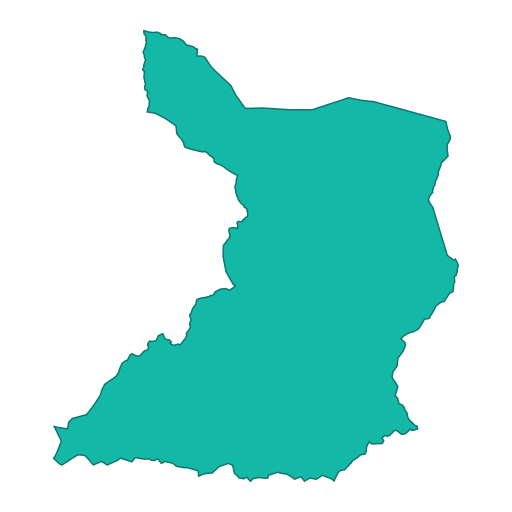 Mixistlán de la Reforma, Oaxaca, Mexico
{"feature_id": "50627088B94921527190935", "entity_name": "Mixistlán de la Reforma", "entity_type": "district", "adm_level": 2, "iso_a3": "MEX", "parent_name": "Mexico", "parent_adm1": "Oaxaca", "projection": "albers", "projection_center": [-96.11, 17.173], "detail": "fine", "context": "isolated", "style": "filled", "palette": "teal", "viewbox_px": 512, "rotation_deg": 0, "n_neighbors": 0, "source": "geoboundaries", "source_scale": "gbopen_adm2", "svg_char_len": 5570}
<svg xmlns="http://www.w3.org/2000/svg" viewBox="0 0 512 512"><path d="M61.9,465.0L72.4,458.2L77.8,454.8L84.6,455.3L87.3,457.9L93.4,464.9L101.6,461.4L107.2,465.0L117.1,460.5L120.6,458.1L131.8,461.8L135.2,457.6L144.1,459.1L149.6,458.9L151.2,460.2L154.2,460.6L157.9,458.7L160.9,463.0L162.9,462.9L164.5,461.4L173.0,463.3L176.5,466.3L184.0,467.7L187.4,467.7L198.2,470.7L198.6,476.2L203.9,473.8L212.3,472.9L219.2,466.5L228.4,463.4L232.6,465.3L234.6,473.6L236.6,475.1L239.1,477.9L243.7,478.8L244.7,478.0L246.7,477.3L250.5,481.3L252.9,478.7L258.6,477.5L263.9,478.1L267.8,478.1L268.4,475.3L277.6,472.3L282.2,473.5L285.1,473.7L287.1,474.3L290.0,475.9L294.7,479.2L296.9,478.2L301.2,476.8L304.5,481.2L309.8,478.0L316.4,479.2L322.2,475.4L330.8,478.5L334.3,480.9L335.1,478.2L336.3,476.2L337.6,473.5L339.7,470.9L342.0,470.3L343.5,469.8L344.9,469.7L346.0,468.1L347.8,466.4L349.4,464.7L350.0,463.6L351.5,462.7L352.5,460.7L357.6,457.5L360.5,454.8L365.1,454.1L366.1,451.9L366.6,446.9L369.0,441.8L371.4,443.7L373.8,443.8L378.9,443.6L380.4,443.6L382.2,443.4L382.9,442.4L383.7,440.7L382.0,438.0L385.0,435.3L387.1,436.3L389.7,435.5L390.9,433.9L391.7,433.4L394.4,430.5L396.6,430.5L401.6,434.3L403.6,434.1L405.6,433.6L408.9,430.5L410.0,429.1L412.2,430.5L414.9,429.8L416.7,429.2L417.6,429.1L417.1,426.1L416.0,425.8L414.8,425.3L412.9,423.3L410.1,420.8L408.3,418.6L407.7,416.8L406.9,412.7L404.9,410.0L404.4,407.8L403.5,406.4L402.2,405.1L398.9,403.4L398.2,400.4L397.2,397.6L395.1,395.7L397.0,389.8L397.8,386.6L396.6,384.4L392.9,378.9L392.1,376.7L393.0,371.7L397.2,365.9L397.8,358.4L403.2,351.1L404.1,348.8L405.6,345.0L404.9,342.5L402.3,340.2L401.0,338.8L403.5,336.0L409.2,332.8L413.5,331.7L417.7,329.6L419.1,328.2L421.3,324.6L423.4,321.1L424.3,319.4L429.4,318.3L430.5,315.7L432.5,312.8L434.1,309.5L435.2,308.0L435.6,306.3L440.0,302.8L441.3,302.1L444.1,301.5L449.8,293.0L452.8,291.8L453.4,289.3L453.5,286.6L453.7,283.6L454.7,282.2L454.4,277.9L454.8,276.2L456.1,275.4L456.5,273.3L457.3,271.7L457.1,270.5L457.4,269.6L457.4,268.1L458.4,265.8L457.0,261.9L455.2,259.1L454.5,259.7L453.5,260.1L447.3,255.4L432.7,207.1L429.5,202.7L429.4,201.6L428.4,200.3L428.6,199.1L429.6,196.3L431.3,193.9L432.8,192.3L432.4,190.8L433.1,189.1L433.3,187.2L434.7,185.3L435.3,182.8L435.4,180.8L436.5,179.4L438.5,174.3L438.2,172.3L440.8,165.5L441.3,163.0L448.0,156.2L447.5,151.7L447.1,149.7L447.4,144.2L449.8,140.4L450.4,136.7L447.7,129.6L445.8,121.4L436.1,118.8L432.6,117.7L421.1,114.6L415.5,113.1L406.4,110.6L400.3,108.9L394.9,107.4L385.8,105.0L373.4,101.6L366.2,100.9L361.3,100.3L355.2,99.1L348.7,97.7L343.8,99.4L337.7,101.4L330.2,103.8L325.5,105.4L324.2,105.9L320.6,106.9L317.3,108.1L314.7,109.0L312.1,109.8L307.0,109.8L298.9,109.7L290.7,109.8L276.3,108.9L262.5,108.0L252.8,108.3L245.2,108.4L235.5,94.7L230.8,85.4L227.5,82.4L215.7,71.4L211.3,67.0L208.5,62.8L204.9,57.3L201.6,56.1L196.9,56.0L197.4,49.1L195.5,48.5L193.2,46.7L186.1,44.7L183.7,41.4L179.9,38.8L175.0,37.6L170.5,38.1L167.6,37.1L165.3,34.7L164.3,34.9L162.5,34.6L161.0,34.8L160.8,33.6L157.0,32.1L153.4,32.6L151.7,32.3L149.7,32.2L143.9,30.7L143.8,31.8L144.3,34.4L145.2,35.1L146.2,36.8L145.8,40.1L146.0,41.0L146.5,41.3L145.9,44.6L144.8,48.4L143.8,50.5L143.1,52.6L143.6,53.6L144.0,54.2L144.4,55.9L144.5,57.8L145.6,59.8L145.4,60.4L143.7,65.3L144.1,66.1L142.7,69.8L144.4,71.5L144.2,74.3L143.9,77.3L145.5,84.3L144.7,86.4L145.0,89.8L147.0,90.7L147.7,92.4L147.0,95.5L148.0,98.2L149.6,100.9L149.1,104.1L149.2,106.2L148.2,107.6L147.2,111.9L155.1,113.2L162.9,117.1L166.3,119.1L172.7,123.4L175.9,125.8L176.3,128.6L176.7,133.3L178.5,136.1L181.4,138.9L182.0,140.4L183.3,141.9L184.0,145.0L185.1,147.2L189.2,148.6L194.2,150.0L201.6,151.8L205.4,151.7L207.1,152.7L209.4,155.1L213.1,157.8L213.9,158.3L214.0,160.7L214.6,162.3L216.2,163.3L217.5,164.0L220.4,164.8L223.6,166.7L226.3,168.8L229.4,171.0L231.9,172.5L235.5,174.6L237.7,175.1L236.8,178.2L236.2,180.4L236.3,182.6L235.3,185.5L234.9,187.1L235.2,188.0L235.5,189.7L235.8,192.2L236.5,194.7L238.9,200.8L241.4,203.7L243.8,205.5L244.4,207.5L246.0,208.0L246.6,208.5L247.0,210.1L247.0,211.1L247.3,212.0L247.8,213.8L247.7,214.8L247.5,216.6L245.4,217.6L244.6,218.9L243.1,219.5L242.4,221.5L240.4,221.6L238.6,221.4L237.2,222.2L237.1,223.5L237.9,225.5L237.6,226.0L237.4,228.4L236.2,228.1L233.2,227.6L229.8,228.2L228.9,229.3L228.9,230.8L229.4,233.1L229.9,235.0L229.7,237.5L229.0,237.9L228.5,239.4L226.9,240.4L226.2,242.0L223.4,245.3L223.1,256.4L226.0,271.7L233.2,284.3L235.3,285.6L234.1,287.1L231.6,288.9L229.1,290.2L227.5,289.2L226.1,288.9L223.9,288.6L223.4,288.8L222.6,288.9L221.0,289.2L220.3,289.1L219.0,289.8L217.8,290.5L216.2,291.2L215.0,292.2L212.9,295.4L210.5,295.5L209.1,296.6L207.6,296.9L206.0,297.1L205.2,297.8L203.5,297.5L198.9,298.7L196.7,299.7L195.9,304.3L194.2,306.4L192.7,308.5L190.8,313.7L189.7,314.6L190.0,317.0L191.1,319.9L189.9,322.6L189.6,324.6L190.5,327.0L188.1,331.2L186.7,332.7L186.4,333.5L186.7,335.2L186.6,336.0L185.7,337.8L180.4,344.8L178.0,344.1L173.9,345.4L169.9,343.5L171.3,342.0L169.2,339.8L167.4,339.6L165.6,339.1L164.6,338.1L163.6,335.3L162.7,333.7L159.2,335.3L158.3,335.7L157.6,337.5L157.0,339.0L156.2,340.6L152.4,341.5L149.5,341.1L147.9,343.4L147.7,345.4L148.6,346.8L147.7,349.6L143.9,351.3L140.2,355.4L138.5,356.3L134.0,354.9L131.8,353.7L130.0,355.0L128.5,358.2L127.1,360.3L124.3,361.5L121.9,363.6L120.5,366.9L119.3,369.5L118.8,372.3L115.9,376.5L104.8,384.2L101.9,389.9L100.4,395.1L96.2,401.6L92.9,406.5L86.4,414.7L72.2,418.5L68.7,422.3L67.6,428.8L58.8,427.6L54.3,426.5L61.4,441.1L57.5,451.0L55.1,456.3L53.6,458.2L54.3,459.0L59.6,463.9L61.9,465.0Z" fill="#14b8a6" stroke="#0f766e" stroke-width="1.5"/></svg>